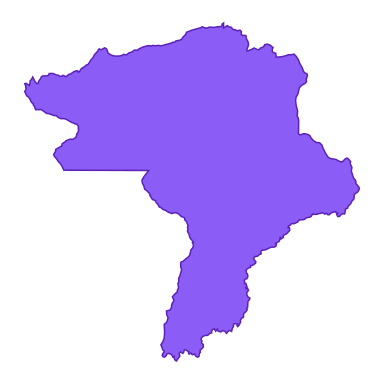 outline of Seringueiras, Rondônia, Brazil
{"feature_id": "56859067B10080877774160", "entity_name": "Seringueiras", "entity_type": "district", "adm_level": 2, "iso_a3": "BRA", "parent_name": "Brazil", "parent_adm1": "Rondônia", "projection": "orthographic", "projection_center": [-63.234, -11.893], "detail": "fine", "context": "isolated", "style": "filled", "palette": "violet", "viewbox_px": 384, "rotation_deg": 0, "n_neighbors": 0, "source": "geoboundaries", "source_scale": "gbopen_adm2", "svg_char_len": 5883}
<svg xmlns="http://www.w3.org/2000/svg" viewBox="0 0 384 384"><path d="M63.9,170.2L148.7,170.5L144.1,176.5L142.0,180.0L142.1,181.6L142.4,183.0L143.9,186.1L144.7,189.2L146.6,190.5L150.0,194.1L149.8,195.2L152.5,199.6L154.3,200.1L155.7,201.1L156.1,202.4L158.3,205.0L159.3,207.1L160.9,207.6L163.2,209.6L164.6,209.9L169.2,212.7L170.5,212.8L171.4,213.6L174.6,212.7L175.9,212.7L178.8,214.0L181.2,216.5L183.7,217.4L184.7,218.2L184.8,220.0L185.9,220.8L186.8,222.4L188.0,225.6L187.5,227.2L188.0,229.5L187.4,230.8L187.8,232.2L188.8,233.6L190.0,237.9L193.4,242.0L192.4,242.7L193.5,244.8L192.9,247.4L192.4,248.4L191.1,249.5L189.8,255.0L188.1,257.2L186.6,258.2L182.9,261.4L181.3,261.9L180.7,263.0L180.7,267.1L181.5,268.7L181.4,270.6L179.7,276.3L178.6,278.3L178.8,282.0L177.9,283.2L178.5,287.3L177.9,289.4L177.2,290.6L177.4,292.1L175.6,293.3L172.4,296.8L173.8,300.2L173.5,301.6L172.4,302.9L171.6,305.1L171.6,306.8L170.9,308.6L169.7,310.4L168.3,310.4L166.4,311.1L166.7,312.3L166.5,313.7L167.2,315.9L168.1,317.5L167.2,321.0L166.3,322.7L164.2,324.3L164.6,332.4L164.2,338.0L162.9,341.7L160.9,344.7L162.9,350.0L163.9,350.7L164.1,351.9L162.7,353.7L162.2,355.5L163.0,356.7L164.6,357.1L166.1,355.8L167.0,353.9L168.6,353.4L171.0,354.2L172.1,355.3L172.9,357.1L174.1,356.4L174.2,358.4L175.3,360.4L176.4,361.0L179.8,356.1L179.2,353.1L180.4,351.9L182.9,353.4L183.7,352.2L184.2,350.3L185.2,349.7L188.8,351.7L188.4,352.9L189.1,354.1L190.9,353.1L191.6,354.2L192.6,354.7L194.2,354.0L196.2,356.6L197.6,357.1L198.9,356.6L199.5,353.2L200.4,352.3L199.9,350.7L203.4,347.0L203.2,344.4L202.0,343.5L201.5,342.3L202.0,341.1L201.2,339.6L201.2,338.1L203.3,336.1L205.3,335.5L207.8,335.3L209.8,333.4L211.7,332.9L211.6,331.1L212.5,329.6L214.3,328.7L215.7,331.2L217.3,329.2L217.8,330.7L219.0,331.5L220.9,331.9L222.8,330.6L224.9,331.3L226.5,333.3L228.6,330.9L230.1,330.5L231.6,331.4L232.3,328.3L233.5,326.6L233.5,324.2L235.1,323.6L237.7,324.0L237.0,325.5L237.6,326.6L239.0,325.3L240.7,321.8L240.3,320.4L241.7,318.1L243.5,317.3L243.6,313.6L246.0,311.6L247.3,309.5L246.6,308.4L247.6,307.4L247.9,301.8L248.5,300.5L249.4,299.8L249.9,298.1L248.1,297.0L247.1,295.5L246.6,292.9L248.5,290.4L247.5,288.0L246.3,288.7L245.7,287.4L246.9,286.3L245.9,283.5L244.4,283.6L244.7,282.2L244.2,280.8L245.2,279.1L246.8,278.8L247.9,276.5L247.4,273.9L246.4,272.9L246.2,270.8L246.5,269.5L248.6,267.9L250.5,267.4L250.5,265.6L252.3,265.5L255.5,263.3L255.8,261.5L254.3,260.0L253.6,258.5L254.3,257.1L255.7,256.4L257.6,256.2L258.9,254.9L261.2,253.7L260.7,252.0L261.3,250.8L262.4,250.1L264.2,250.1L265.8,249.7L271.2,247.1L274.0,247.2L275.8,246.3L276.4,244.7L275.5,243.3L276.6,243.0L279.3,241.2L280.2,237.6L281.0,239.0L283.5,237.3L283.0,236.1L284.3,234.8L286.6,233.8L289.6,230.6L289.7,229.1L289.4,227.6L288.1,227.7L288.5,226.0L290.4,225.1L291.4,223.7L294.5,223.6L297.8,221.9L299.0,220.0L304.1,219.6L306.3,217.8L310.0,217.1L311.1,216.5L312.6,214.0L314.0,214.4L317.4,214.2L318.9,213.5L320.4,213.4L322.6,212.6L324.7,214.1L326.6,213.3L327.5,214.6L329.1,214.8L331.7,212.6L335.5,211.6L336.2,212.8L337.7,213.2L336.6,214.2L337.7,216.5L338.9,216.6L340.0,216.0L340.8,214.9L342.5,213.8L344.6,213.9L345.1,212.0L345.5,208.9L347.6,208.2L348.0,206.4L350.7,203.7L351.7,201.4L354.0,198.8L354.2,195.1L355.1,193.7L357.9,191.8L359.4,188.9L358.9,187.1L355.8,183.4L355.9,181.6L355.3,180.0L353.4,177.8L351.6,171.9L351.4,170.3L351.9,167.3L350.2,163.7L350.6,161.5L347.8,158.3L346.5,158.2L345.4,158.8L342.9,161.2L341.7,162.0L339.0,161.1L335.9,159.4L329.8,158.4L327.8,156.8L325.4,153.0L322.9,147.9L321.9,145.0L319.6,142.8L316.3,142.4L313.2,140.4L310.8,137.6L310.2,136.2L309.4,135.3L307.2,134.2L304.6,133.7L303.2,133.8L300.0,134.9L298.5,133.8L298.7,120.7L298.2,118.0L297.2,116.1L297.6,111.0L296.1,105.2L295.6,100.4L296.1,97.2L297.8,94.2L299.3,88.1L300.5,86.4L302.3,84.9L305.4,83.2L306.6,81.4L306.2,79.6L307.4,75.4L307.0,73.9L305.0,72.9L303.6,71.6L302.3,67.9L299.8,63.5L298.3,59.6L296.3,56.5L294.0,54.1L290.8,54.8L288.6,54.7L285.0,56.0L281.1,56.8L276.2,57.2L275.8,53.3L273.6,52.7L272.4,51.7L272.2,49.7L273.0,47.5L269.9,45.0L267.2,44.1L264.7,44.7L263.8,46.4L262.9,47.2L260.3,48.1L259.4,49.6L257.4,49.6L254.2,48.0L252.7,48.6L251.7,49.5L250.3,49.8L247.4,51.2L246.7,50.1L248.5,45.1L248.4,43.5L247.9,41.4L246.1,38.1L246.1,35.9L244.9,35.3L242.5,35.5L241.2,34.2L241.4,31.6L240.3,30.4L239.1,30.2L237.6,30.9L235.0,29.7L233.3,29.6L232.2,28.6L231.4,27.3L228.6,26.9L227.6,25.6L226.1,26.2L225.1,27.2L223.6,28.0L223.6,23.0L222.1,24.1L222.1,25.5L221.0,26.7L217.3,26.7L214.7,27.4L209.3,27.1L207.2,28.0L204.9,27.9L202.2,26.7L201.1,27.6L192.1,30.1L186.4,32.3L185.9,34.2L182.9,37.2L182.0,38.9L179.7,40.3L176.1,40.8L174.8,42.1L172.6,42.4L170.3,43.4L161.3,45.8L158.2,45.4L155.1,45.8L152.8,45.4L151.3,46.1L149.6,45.6L147.3,45.8L143.0,47.0L138.5,49.2L137.5,50.3L134.5,50.0L131.5,52.2L129.0,52.8L126.4,54.9L123.4,54.4L122.0,55.5L119.7,56.0L115.6,56.1L113.8,55.9L111.1,55.0L108.2,53.2L106.7,49.0L104.7,47.8L101.6,49.5L100.4,49.6L99.3,48.9L98.4,49.6L97.9,50.9L94.4,54.8L92.7,58.1L91.5,59.1L88.2,64.3L86.4,65.0L84.1,67.0L82.1,68.1L80.8,69.3L79.6,71.5L78.2,72.3L77.7,70.8L76.1,70.8L73.6,71.8L70.4,74.1L68.9,74.3L66.1,76.7L63.1,75.3L61.7,76.2L59.9,76.4L58.2,75.2L56.3,75.0L53.2,73.5L49.2,73.5L48.5,75.4L46.1,75.9L42.9,75.9L41.4,76.7L40.8,78.2L38.4,81.7L38.2,83.5L36.6,83.5L35.1,81.7L32.7,77.0L31.7,79.0L30.0,81.1L30.1,82.7L29.5,85.4L26.1,83.3L24.7,83.7L25.8,86.0L25.7,87.2L26.1,89.2L24.6,91.7L25.5,92.8L25.8,94.1L27.0,96.1L28.5,97.1L29.8,99.0L31.1,101.7L31.9,102.8L33.1,103.5L33.3,105.0L34.4,106.3L35.6,109.7L41.4,109.6L46.7,113.5L48.7,113.6L54.4,115.7L56.3,115.5L57.8,117.2L60.6,118.6L64.3,118.7L65.9,119.1L71.0,122.1L77.5,124.8L78.3,126.2L78.5,130.5L78.1,132.5L76.7,134.0L76.7,135.2L75.8,137.4L72.9,139.4L70.2,139.1L66.0,140.8L65.1,141.9L62.3,143.6L61.6,146.0L55.7,149.4L55.6,151.3L53.7,154.5L54.3,156.2L56.7,159.0L58.4,161.7L59.9,163.1L61.5,165.3L63.9,170.2Z" fill="#8b5cf6" stroke="#5b21b6" stroke-width="1.5"/></svg>